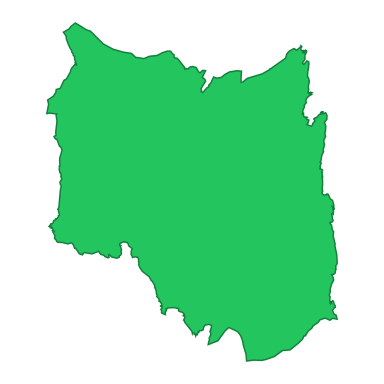 Røyken nor, Buskerud, Norway (Mercator projection)
{"feature_id": "86288312B91895261820086", "entity_name": "Røyken nor", "entity_type": "district", "adm_level": 2, "iso_a3": "NOR", "parent_name": "Norway", "parent_adm1": "Buskerud", "projection": "mercator", "projection_center": [10.397, 59.735], "detail": "fine", "context": "isolated", "style": "filled", "palette": "green", "viewbox_px": 384, "rotation_deg": 0, "n_neighbors": 0, "source": "geoboundaries", "source_scale": "gbopen_adm2", "svg_char_len": 5888}
<svg xmlns="http://www.w3.org/2000/svg" viewBox="0 0 384 384"><path d="M337.1,319.2L336.2,315.3L333.8,313.8L332.5,310.4L334.4,307.7L335.3,307.4L335.1,305.5L334.1,304.2L333.6,301.9L332.8,300.7L331.2,301.7L331.5,303.2L330.5,304.1L329.9,302.6L330.2,301.1L329.7,300.4L330.1,296.5L329.4,295.8L329.4,294.4L330.5,291.3L330.1,290.5L330.3,288.6L331.6,284.1L333.7,280.1L333.2,277.7L331.7,274.5L333.7,274.4L335.2,272.9L335.6,269.7L336.1,269.2L335.7,268.6L335.9,266.6L335.6,266.1L337.0,263.9L337.2,262.7L336.7,254.4L334.9,246.0L335.1,243.9L333.2,236.1L333.6,231.5L332.4,230.2L331.5,225.0L329.8,223.1L330.0,222.4L331.6,222.3L333.1,220.9L332.9,219.6L332.4,219.2L332.3,217.0L331.6,213.9L332.3,213.5L333.1,214.3L333.5,211.8L332.9,208.0L332.0,206.3L333.1,206.5L334.0,210.0L334.2,208.3L333.5,206.6L333.8,206.2L333.9,205.2L332.5,200.4L330.2,198.8L328.3,194.4L327.3,194.6L327.0,193.9L325.2,195.2L324.1,195.0L322.7,194.3L322.1,193.1L322.4,192.9L322.2,190.9L322.7,190.8L322.1,188.2L322.6,185.1L322.5,179.4L322.0,177.3L322.7,177.1L321.9,173.5L322.5,172.8L321.6,171.6L322.6,170.3L322.0,169.4L319.9,168.8L320.3,167.9L320.3,166.7L320.0,166.5L321.1,163.4L321.0,162.5L320.1,161.9L320.9,161.0L321.7,155.7L323.6,151.4L323.1,149.9L324.5,145.1L323.8,141.6L324.0,139.8L325.6,136.4L324.8,132.9L325.4,131.8L325.8,126.2L324.5,122.3L326.8,119.5L327.0,115.4L325.6,112.8L323.0,113.8L322.1,113.1L323.2,112.0L323.0,111.6L321.4,111.9L320.6,112.7L320.5,113.5L320.8,114.2L319.3,114.5L316.2,117.9L315.4,117.7L313.8,119.0L315.0,121.0L312.7,123.5L312.3,125.4L311.5,126.3L306.9,124.6L308.2,122.6L308.9,120.1L306.5,119.2L306.2,118.3L307.3,117.5L306.8,117.1L305.1,117.2L303.6,116.2L303.5,113.3L302.4,113.9L303.0,110.1L304.5,106.7L304.2,105.2L306.4,102.5L305.8,100.8L306.5,98.4L309.0,96.0L312.5,93.9L309.8,94.7L309.8,93.6L311.8,92.6L310.3,92.2L308.6,93.3L308.0,92.7L308.7,89.3L308.4,87.5L308.6,84.5L309.0,83.6L309.3,80.8L308.3,77.5L307.5,76.4L307.8,71.6L308.6,67.6L308.6,64.7L309.0,64.2L308.7,61.8L306.9,60.9L303.8,64.5L302.4,63.1L305.0,59.2L304.9,54.8L305.6,54.2L306.7,51.1L305.6,50.1L304.7,50.6L304.7,52.8L302.8,52.7L303.8,51.0L303.5,50.5L301.7,50.9L301.0,49.9L300.8,48.1L301.8,46.8L300.9,45.7L300.1,47.4L296.6,50.2L294.0,48.5L289.3,51.1L286.8,53.9L285.7,58.1L270.7,68.7L270.0,68.7L269.5,69.7L262.2,73.9L247.1,78.4L242.7,82.2L241.2,82.4L241.0,78.6L241.5,71.2L237.1,70.7L229.6,71.9L224.8,74.5L221.3,77.4L216.8,78.2L213.6,77.0L211.1,82.5L208.7,85.3L209.2,85.9L208.5,87.0L207.0,87.7L202.9,92.5L201.2,91.6L201.6,90.4L201.0,88.7L205.6,81.2L204.9,79.3L202.3,77.4L205.6,70.6L202.6,70.4L200.1,72.8L198.6,71.9L196.1,67.5L192.6,66.5L189.8,67.1L187.8,69.1L186.6,68.5L185.0,69.3L184.5,68.6L184.7,67.6L178.5,59.6L176.8,58.1L174.7,57.9L174.0,57.2L174.1,54.9L172.2,53.5L170.7,51.2L167.4,51.1L162.4,52.7L157.0,55.5L149.4,56.3L143.9,58.6L135.6,57.3L131.4,53.4L123.1,52.1L113.0,49.2L103.2,43.9L90.4,31.1L86.5,29.9L75.4,23.0L70.8,26.5L69.0,29.1L63.4,32.2L66.1,36.0L66.4,39.1L68.2,44.0L70.0,48.0L71.5,50.2L71.9,52.3L73.1,53.7L73.3,55.5L74.5,56.3L74.6,59.2L75.6,61.9L75.1,62.7L76.2,63.4L76.5,64.9L74.9,64.4L71.4,68.5L70.1,72.5L66.4,79.0L64.0,80.3L60.2,88.4L56.2,89.5L55.9,92.2L53.4,96.2L47.7,100.0L48.6,104.4L46.8,113.6L49.5,113.1L56.8,114.0L56.1,115.3L57.0,121.0L55.7,132.6L56.1,135.1L54.0,136.6L55.2,138.7L57.1,139.7L59.4,146.0L61.2,147.7L62.0,150.4L59.8,158.0L59.6,160.2L60.0,165.8L59.2,166.2L59.5,167.2L59.1,169.7L59.9,171.5L59.8,172.5L60.9,173.6L61.2,175.8L60.8,176.2L61.8,179.1L60.0,181.8L60.2,184.1L61.0,185.2L61.1,186.9L60.3,190.6L58.9,207.1L57.8,209.3L58.4,209.6L58.5,211.5L59.5,214.9L58.4,215.7L58.5,216.6L57.2,218.4L55.9,218.7L55.6,219.0L55.9,219.5L53.6,220.7L53.2,222.8L52.3,223.7L50.9,223.8L50.1,225.2L50.7,225.5L49.9,225.9L52.0,227.7L51.3,228.1L52.6,228.4L53.1,229.6L51.9,231.1L52.6,230.8L53.5,231.4L53.3,231.8L54.0,231.6L53.4,232.4L54.9,236.0L54.5,238.5L56.4,240.4L56.8,241.5L58.0,242.3L62.3,242.5L67.8,243.9L71.7,242.8L74.0,245.7L73.9,246.4L74.6,248.2L75.1,248.0L76.8,249.9L79.2,253.7L80.6,254.4L82.6,254.8L83.1,254.0L82.5,254.5L82.3,253.9L84.7,252.6L92.0,253.9L98.6,251.3L100.6,254.3L103.9,255.3L104.7,256.4L107.8,257.8L109.1,257.4L108.6,255.2L109.4,254.6L111.7,257.0L116.8,258.2L119.3,257.1L119.4,256.0L120.8,254.9L121.5,253.2L121.0,251.0L121.5,250.1L120.5,246.3L120.9,245.5L119.7,245.2L119.7,243.7L123.4,241.8L127.6,242.7L128.9,246.0L132.2,248.6L131.3,250.8L131.1,254.2L132.6,257.5L135.1,256.8L137.8,257.4L138.6,259.0L138.5,261.1L139.0,263.4L138.7,264.8L139.8,267.5L142.4,271.4L149.3,276.8L150.9,280.1L152.4,281.5L154.4,284.9L155.0,287.3L154.8,287.7L155.2,287.8L156.3,291.8L156.4,293.8L157.2,295.2L156.7,296.4L158.9,298.7L159.1,301.3L160.1,301.3L160.5,302.6L161.7,303.6L161.8,305.7L160.6,305.8L160.6,306.9L160.9,306.0L161.8,305.8L161.9,306.6L161.1,306.7L161.9,306.7L161.9,307.9L160.9,309.3L161.3,309.5L161.7,312.3L161.5,312.6L162.0,313.3L165.4,314.6L165.2,312.2L166.3,310.8L166.1,309.7L166.6,309.3L166.2,308.8L167.8,308.0L173.8,307.6L178.5,308.6L178.8,308.8L178.5,310.4L179.0,311.3L182.4,312.3L183.8,313.6L183.7,314.7L184.4,314.8L184.5,315.7L183.8,315.9L184.4,316.1L184.8,317.6L183.6,320.1L184.3,320.4L184.5,321.9L191.9,331.3L192.4,333.5L192.7,332.7L194.0,332.9L194.3,334.4L195.4,334.6L195.7,335.7L196.2,334.0L196.7,334.2L196.7,335.6L197.1,334.5L196.7,334.3L197.5,334.2L198.1,331.8L198.8,332.2L199.5,330.6L201.4,330.7L203.2,329.8L203.4,327.7L205.1,325.1L209.2,324.4L211.5,325.5L211.5,326.9L210.6,329.4L210.7,330.7L209.9,331.3L210.7,333.2L210.7,335.1L209.2,337.9L209.4,340.3L208.7,341.8L208.2,344.6L217.9,340.8L224.9,331.1L228.8,327.5L237.5,331.5L240.6,335.5L242.7,341.2L243.4,345.5L246.1,354.5L246.6,361.0L253.9,360.1L261.5,360.4L265.5,359.6L274.4,356.5L282.6,350.5L290.1,349.9L299.4,342.3L302.7,338.9L303.7,336.3L305.4,335.8L308.1,331.3L311.9,328.1L312.9,326.0L318.4,322.2L319.9,319.8L325.2,318.1L329.9,320.2L332.7,318.3L337.1,319.2ZM49.0,226.4L50.4,227.4L49.3,226.2L49.0,226.4Z" fill="#22c55e" stroke="#15803d" stroke-width="1.5"/></svg>